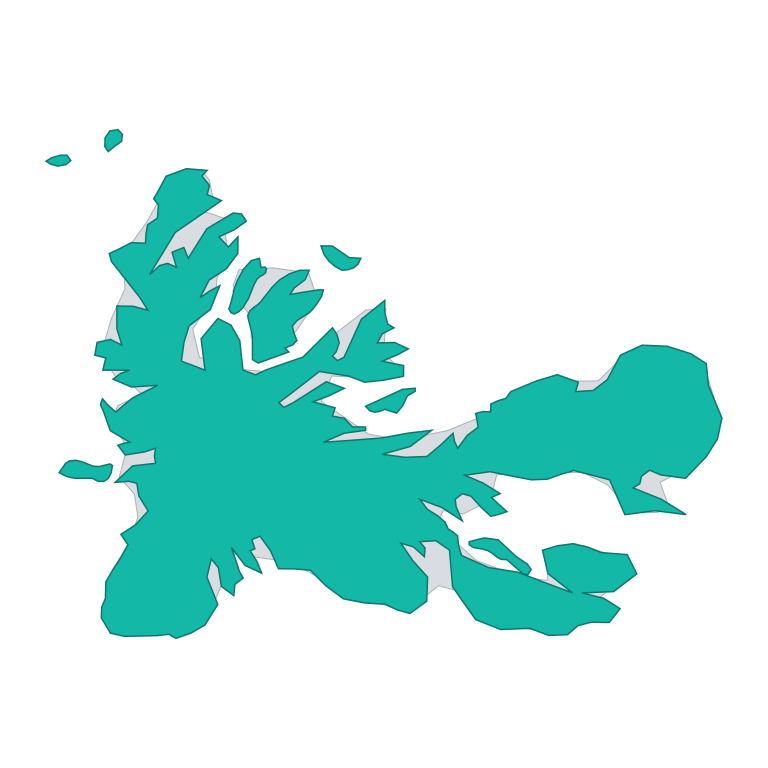 Archipel des Kerguelen highlighted on a map of French Southern and Antarctic Lands
{"feature_id": "ATF-5916", "entity_name": "Archipel des Kerguelen", "entity_type": "state/province", "adm_level": 1, "iso_a3": "ATF", "parent_name": "French Southern and Antarctic Lands", "parent_adm1": "", "projection": "equal_earth", "projection_center": [69.4, -49.144], "detail": "fine", "context": "in_parent", "style": "filled", "palette": "teal", "viewbox_px": 768, "rotation_deg": 0, "n_neighbors": 0, "source": "natural_earth", "source_scale": "10m", "svg_char_len": 6781}
<svg xmlns="http://www.w3.org/2000/svg" viewBox="0 0 768 768"><path d="M245.2,369.7L272.9,372.3L289.9,368.2L366.0,310.0L385.9,308.6L384.0,353.1L403.5,373.1L378.8,378.2L331.9,376.0L321.2,401.4L368.4,434.0L392.0,438.4L411.2,438.0L447.1,430.7L475.9,419.0L520.7,391.8L547.4,381.3L598.1,380.9L624.6,355.1L636.8,347.2L666.5,348.3L693.3,358.4L709.2,381.7L717.5,410.1L710.9,438.3L692.8,465.6L660.0,482.3L667.3,502.2L658.5,512.3L642.1,512.8L628.1,508.3L607.6,484.9L582.9,472.3L523.5,473.2L496.8,474.8L492.1,492.7L478.0,506.4L463.3,513.9L443.2,510.6L439.5,518.2L450.1,536.9L476.1,560.5L520.8,577.0L547.1,580.4L550.8,549.0L582.6,545.4L610.7,554.7L631.0,577.8L614.3,585.4L599.6,597.7L596.5,613.5L567.9,630.7L551.0,632.6L497.5,624.2L465.7,604.7L458.1,591.0L438.5,585.8L416.2,603.5L392.5,607.4L346.1,592.7L303.2,568.9L276.3,560.0L234.6,554.3L211.6,608.2L179.8,631.0L138.5,633.1L118.6,628.6L107.6,607.5L110.4,584.9L116.9,563.2L129.8,541.1L137.9,516.8L134.3,493.9L119.3,477.1L127.1,447.0L112.4,423.4L117.4,406.0L141.4,394.1L131.2,383.7L118.4,380.9L109.2,367.1L102.0,350.4L111.2,319.0L125.0,288.8L123.2,254.6L146.7,222.3L166.8,186.1L181.9,171.6L200.8,169.5L209.1,179.6L213.3,199.4L205.9,212.2L223.6,218.0L228.3,260.0L217.2,277.2L215.6,293.8L192.7,329.1L199.5,357.5L245.2,369.7ZM278.9,347.3L257.5,350.8L251.0,336.5L251.7,317.5L239.9,302.4L233.1,285.6L239.0,269.7L273.3,267.9L308.6,273.0L317.6,299.8L292.2,336.5L278.9,347.3Z" fill="#d9dde1" stroke="#a8b0b8" stroke-width="1"/><path d="M715.3,402.1L721.9,418.0L717.5,438.9L706.2,456.8L685.5,478.3L660.7,474.9L649.6,470.2L641.5,476.2L639.8,483.8L633.0,487.9L661.2,499.2L686.1,514.6L654.9,510.7L624.9,514.6L609.6,479.8L574.0,470.5L560.7,474.4L547.4,479.2L531.5,479.8L515.5,476.8L489.9,471.7L464.7,475.3L482.8,482.9L500.1,493.6L495.8,495.5L491.5,497.4L499.1,504.7L507.0,511.6L498.7,514.4L490.8,516.3L480.7,506.9L471.0,496.2L462.3,493.7L455.2,499.3L456.1,506.7L462.2,520.8L441.9,507.5L419.8,499.3L427.6,509.5L437.7,515.8L445.2,522.2L448.0,528.8L453.0,532.0L457.5,535.8L458.7,546.2L461.6,555.5L488.7,567.6L517.9,572.2L545.0,582.7L572.5,592.9L547.9,573.5L542.5,550.2L557.4,545.8L573.2,543.7L587.5,547.1L601.2,552.6L627.2,554.6L636.8,573.9L613.6,591.6L582.0,592.9L603.8,598.3L620.1,608.7L609.2,622.5L591.3,622.2L578.0,625.6L567.5,634.7L548.6,635.4L529.7,628.3L500.8,629.5L475.8,619.7L463.8,602.9L452.6,586.7L451.0,568.2L449.5,550.1L435.8,540.7L419.7,541.7L425.0,548.0L424.4,556.7L413.3,546.8L400.9,543.2L412.9,560.8L427.6,577.1L426.7,601.2L410.0,613.5L397.3,609.9L385.4,604.3L364.4,602.9L343.4,598.8L325.9,585.8L310.3,570.2L293.9,568.9L278.5,568.7L270.6,550.9L260.1,536.2L251.9,539.6L254.9,548.8L252.5,549.8L250.1,550.8L256.9,561.3L261.7,573.2L245.2,565.5L231.4,547.5L235.5,559.5L239.5,571.7L243.2,577.9L234.9,584.5L233.8,595.6L221.4,586.4L218.4,567.7L211.3,558.9L206.9,577.1L217.8,604.4L205.0,624.9L191.0,633.1L176.0,638.3L172.2,636.4L169.5,634.3L164.0,634.8L157.6,635.6L140.9,636.0L124.4,636.3L110.5,633.2L101.3,617.9L101.7,607.4L105.4,598.4L105.9,581.8L112.9,569.6L121.5,556.6L127.9,544.7L120.9,534.4L135.6,524.7L148.1,511.0L138.9,496.0L136.8,483.3L129.1,481.3L115.2,482.4L132.6,465.9L155.6,463.3L154.4,455.8L155.6,448.3L144.5,451.9L125.3,455.0L117.9,445.3L123.9,443.2L129.9,442.3L110.3,430.7L103.7,412.0L100.4,404.6L102.5,398.8L107.9,405.1L115.7,412.0L132.6,397.9L157.7,385.3L131.4,387.0L113.0,379.2L120.8,373.4L129.7,370.2L116.2,370.1L102.9,370.2L104.3,364.1L105.8,357.9L94.8,355.2L97.1,342.4L110.6,339.4L121.9,345.2L116.9,328.7L116.9,306.0L133.2,306.3L147.9,310.2L139.4,296.9L129.6,284.5L120.1,272.4L111.5,261.6L109.3,253.5L117.4,249.8L131.3,242.7L145.5,243.2L146.0,233.7L147.6,224.8L157.4,218.1L158.5,204.9L153.7,198.9L159.7,188.2L166.1,176.2L186.4,168.7L207.1,170.4L202.0,176.0L209.5,185.5L207.2,194.6L221.4,200.6L175.3,232.4L149.6,274.6L154.7,270.2L159.6,265.5L167.6,263.4L176.5,267.2L172.1,252.2L183.8,247.5L188.2,258.3L206.8,228.8L233.2,213.0L241.4,213.9L246.4,221.1L234.2,229.8L218.9,236.8L228.4,247.0L238.0,236.8L237.8,253.4L226.4,268.8L209.1,280.1L200.1,297.7L209.7,291.0L219.8,285.7L210.3,309.6L189.1,325.9L184.0,342.3L181.4,361.2L193.3,365.6L205.0,370.2L201.1,338.6L217.9,318.5L231.0,325.1L239.8,340.6L241.4,356.4L243.0,370.1L255.5,374.8L266.5,369.7L302.9,357.1L332.5,327.8L337.0,334.6L339.2,342.8L336.2,351.8L332.4,356.1L337.5,360.6L344.1,357.2L361.3,319.3L384.8,300.4L384.7,312.4L387.7,324.0L394.0,327.8L382.2,333.8L377.4,342.9L394.6,342.5L408.3,348.9L397.4,354.8L382.2,361.2L403.6,365.6L403.5,376.2L383.9,380.2L364.5,382.2L356.6,379.1L348.7,376.1L319.4,371.5L298.7,387.6L289.2,394.9L278.9,402.6L283.9,407.4L293.3,402.6L302.8,396.6L326.3,381.7L344.3,388.3L328.8,395.9L312.9,401.8L335.1,407.8L332.4,416.1L344.3,418.3L352.5,426.9L365.6,427.0L365.6,428.7L365.6,430.3L344.2,433.2L323.3,442.3L352.5,440.2L381.7,438.0L407.7,433.2L431.7,430.3L410.2,446.5L382.1,454.3L405.1,457.3L426.9,456.5L440.3,445.3L453.0,433.3L454.5,441.3L457.7,448.3L467.3,435.3L478.1,427.3L477.0,419.7L475.7,413.5L483.1,411.5L490.9,412.0L490.8,404.0L497.9,400.8L505.9,398.4L510.9,391.6L523.8,386.2L537.2,380.7L557.3,374.7L578.3,382.2L577.0,387.0L575.5,391.6L593.1,390.5L607.3,379.7L620.5,355.1L642.2,345.2L667.1,346.2L690.8,353.7L706.3,363.6L708.4,385.3L715.3,402.1ZM247.7,315.5L250.0,310.7L253.5,307.6L257.3,305.0L260.5,302.0L272.4,286.9L279.6,279.9L289.3,273.9L299.7,270.3L309.2,270.3L305.2,279.6L294.4,287.8L290.1,294.4L318.7,289.8L323.3,289.9L321.6,296.3L317.4,303.2L312.7,309.2L309.2,312.8L297.1,320.5L292.4,325.9L293.7,332.3L296.9,340.6L292.5,345.0L284.9,348.0L288.8,352.0L258.2,363.0L252.5,359.6L252.4,336.8L251.4,331.0L248.2,318.6L247.7,315.5ZM259.4,258.3L261.0,267.5L264.8,267.0L266.5,268.8L265.5,272.9L263.0,274.9L259.9,276.5L256.9,279.3L253.6,285.6L248.5,298.5L242.8,307.8L238.7,311.8L234.4,314.0L231.0,312.8L228.7,308.6L229.6,307.3L233.7,292.0L233.3,291.4L237.5,280.1L243.7,268.9L251.3,260.6L259.4,258.3ZM111.3,472.6L108.2,478.5L103.8,481.4L98.3,481.4L92.2,478.3L74.9,478.3L66.7,476.5L59.1,472.6L65.7,463.3L69.4,460.9L75.5,460.3L81.5,461.6L92.9,466.1L99.0,466.6L109.9,463.9L112.4,465.5L111.3,472.6ZM506.9,559.7L501.0,559.3L497.0,557.2L493.1,553.9L488.2,550.8L482.8,549.1L473.3,547.5L469.2,544.7L469.2,541.7L484.3,537.9L498.3,539.9L516.3,556.7L527.1,563.8L531.1,569.4L527.9,574.7L523.1,573.9L506.9,559.7ZM384.7,409.3L379.7,411.4L374.6,412.2L369.8,410.8L365.6,406.3L402.7,389.3L415.2,388.3L415.2,391.3L407.4,395.8L402.7,405.8L396.6,413.1L384.7,409.3ZM342.2,270.3L335.5,266.7L329.2,261.5L324.1,254.6L321.0,245.9L332.4,246.0L349.1,257.6L360.8,258.3L358.2,264.0L353.8,267.7L348.3,269.6L342.2,270.3ZM114.7,146.2L108.3,151.6L104.8,146.6L105.1,137.7L110.0,130.8L118.1,129.7L122.4,134.5L121.6,141.3L114.7,146.2ZM67.0,155.2L70.8,160.6L66.1,164.6L57.8,166.1L50.6,164.1L46.1,161.2L51.6,157.7L60.7,155.2L67.0,155.2Z" fill="#14b8a6" stroke="#0f766e" stroke-width="1.5"/></svg>